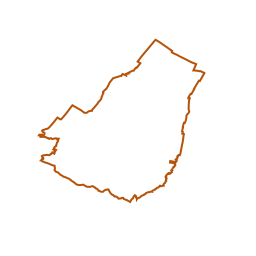 Candesti, Neamt, Romania (Equal Earth projection), rotated 335°
{"feature_id": "2599482B29672105595904", "entity_name": "Candesti", "entity_type": "district", "adm_level": 2, "iso_a3": "ROU", "parent_name": "Romania", "parent_adm1": "Neamt", "projection": "equal_earth", "projection_center": [26.554, 46.712], "detail": "fine", "context": "isolated", "style": "outline", "palette": "amber", "viewbox_px": 256, "rotation_deg": 335, "n_neighbors": 0, "source": "geoboundaries", "source_scale": "gbopen_adm2", "svg_char_len": 5685}
<svg xmlns="http://www.w3.org/2000/svg" viewBox="0 0 256 256"><g transform="rotate(335 128 128)"><path d="M98.7,195.9L101.1,194.2L102.7,193.9L103.7,192.8L105.1,192.0L105.8,191.8L106.5,193.3L105.9,193.9L106.0,194.4L106.0,195.0L106.4,195.4L106.0,196.3L107.0,195.7L108.2,195.9L109.5,195.9L110.2,195.6L112.7,195.2L113.8,195.5L114.2,195.4L114.4,195.1L114.7,195.1L116.1,195.1L116.8,194.6L117.6,194.6L118.8,194.7L120.7,195.2L122.2,195.4L122.4,195.6L122.7,195.8L122.7,195.6L123.2,195.5L123.8,195.2L125.1,195.3L126.0,195.0L126.7,195.3L127.3,194.9L128.4,194.8L128.8,194.5L130.5,194.7L131.4,194.3L132.2,194.3L132.2,194.0L132.5,193.8L132.9,194.0L133.0,194.2L133.0,194.6L133.3,194.7L135.5,195.1L136.0,195.4L136.1,195.2L135.9,194.8L136.3,194.1L137.3,193.6L138.1,193.6L139.1,192.7L139.9,192.3L139.7,192.1L140.5,191.2L140.6,190.8L141.2,190.5L141.1,190.3L141.7,189.9L141.7,189.6L141.4,189.3L141.6,188.8L141.3,188.6L141.3,188.3L141.5,188.0L141.9,188.0L142.0,187.7L142.5,187.7L142.7,187.1L143.1,187.0L143.3,186.8L143.9,186.5L144.1,186.5L144.9,186.7L145.2,186.5L145.5,186.0L146.0,186.1L145.9,186.3L146.3,186.8L146.1,187.0L146.4,187.1L146.6,187.0L146.4,186.7L146.5,186.6L146.9,186.7L147.1,187.0L147.3,187.1L147.6,186.8L148.2,186.8L149.2,186.5L149.3,185.9L149.2,185.3L149.5,185.2L149.2,185.0L149.2,184.7L150.4,184.4L151.4,183.4L152.3,183.0L152.8,182.9L152.9,182.6L153.2,182.7L153.7,182.6L154.4,182.0L155.1,181.8L155.3,181.6L155.3,181.4L154.8,181.4L154.7,181.2L154.8,180.9L156.1,179.7L154.2,178.8L151.5,177.1L152.3,175.8L155.5,178.0L157.0,178.9L157.2,178.6L157.8,178.6L157.8,178.3L157.9,178.2L158.3,178.1L158.5,177.9L158.6,177.6L158.5,177.4L158.0,176.9L157.9,176.7L158.3,176.5L159.3,176.6L159.7,176.5L160.3,175.1L160.6,175.0L160.9,175.1L161.0,174.9L161.3,174.8L161.1,174.4L161.2,174.2L162.6,173.9L163.0,174.0L163.5,174.4L163.8,174.0L164.1,174.0L164.4,173.7L170.3,165.5L170.7,165.1L172.0,163.3L172.8,161.9L173.4,161.3L173.9,160.3L175.5,157.9L176.1,157.1L174.8,156.1L176.1,154.8L176.1,154.6L175.6,153.9L175.6,153.7L178.1,150.8L177.9,150.6L178.0,150.3L180.9,146.9L181.7,147.4L183.6,145.6L185.1,143.6L185.8,142.2L186.6,141.1L188.9,140.1L190.3,139.2L190.6,138.5L190.8,137.0L191.1,136.1L192.0,134.4L192.6,133.1L193.8,130.8L195.7,128.0L196.2,127.5L195.5,127.0L196.2,126.5L195.5,126.0L195.6,125.9L197.7,124.4L199.2,123.5L199.8,124.0L204.4,120.8L204.2,120.5L212.2,115.1L213.0,115.8L220.5,110.5L220.4,110.2L220.0,109.8L219.3,109.1L217.9,107.2L216.8,106.8L215.8,105.9L214.5,105.2L213.4,104.4L212.6,104.0L211.6,103.5L216.8,98.9L216.7,98.7L216.3,98.5L215.3,97.3L213.2,95.2L209.6,90.5L205.0,84.8L203.6,82.7L201.5,80.4L199.6,77.9L199.8,77.5L200.6,76.9L192.8,63.4L190.3,59.7L189.9,59.8L170.6,68.8L164.8,71.9L166.6,74.5L161.4,77.1L161.1,76.7L159.4,77.2L157.5,78.5L156.5,78.0L149.9,78.2L150.3,78.6L149.0,78.3L148.5,79.7L146.0,76.8L145.1,77.1L144.1,78.0L143.6,77.7L135.4,76.6L135.0,76.9L130.8,78.9L128.3,80.9L128.1,81.1L127.3,81.8L125.0,83.3L123.9,83.5L123.3,83.8L121.3,84.4L120.4,84.9L120.3,85.2L120.5,86.0L119.2,86.8L118.4,87.9L117.4,88.5L116.7,89.6L115.4,90.7L112.3,92.0L111.5,92.4L111.0,92.9L106.4,95.0L103.9,96.1L102.9,96.6L102.6,97.2L101.0,96.5L99.7,96.3L98.1,96.5L97.3,96.7L96.5,96.6L95.1,95.9L94.5,95.2L94.3,94.6L92.9,92.0L87.2,83.9L79.1,88.2L73.9,90.7L71.0,91.9L70.0,91.2L68.6,88.8L68.5,88.7L62.9,91.5L57.3,94.0L55.9,94.4L55.2,94.6L54.1,94.5L53.0,94.2L51.5,94.2L50.0,93.8L49.3,94.0L49.0,94.3L48.9,94.5L49.2,95.1L49.3,95.8L50.2,96.9L50.3,97.3L49.3,98.7L48.5,99.1L47.5,98.6L47.5,98.3L47.4,97.6L45.9,97.2L44.8,96.6L44.2,97.0L45.6,97.6L45.3,98.3L44.8,99.0L45.0,99.2L45.3,99.4L45.7,99.3L46.4,99.5L46.9,99.9L49.0,101.1L49.4,101.6L49.8,101.7L50.1,102.3L50.9,103.0L51.1,103.6L51.7,103.7L52.0,104.6L52.3,104.6L52.7,104.4L53.7,104.6L54.1,104.9L54.5,105.9L55.6,106.2L56.1,106.4L57.2,106.5L57.6,106.7L58.2,106.8L59.4,107.7L59.2,108.1L59.5,108.1L59.8,108.4L60.1,108.2L60.6,108.4L59.7,109.1L59.5,109.8L59.0,110.1L58.6,110.7L58.3,110.9L57.3,111.3L56.1,113.0L55.7,113.1L55.4,113.5L55.4,113.8L54.7,114.2L54.0,114.1L53.3,114.2L51.6,115.8L51.3,115.9L51.7,116.4L53.0,116.6L53.2,116.9L52.7,117.3L53.3,117.7L53.1,117.8L52.6,117.5L52.4,117.9L52.1,117.9L52.0,118.0L51.7,118.0L51.5,118.4L51.3,118.7L51.5,118.8L51.1,119.1L50.7,120.0L50.3,120.2L50.2,120.0L50.1,119.6L50.9,118.9L50.9,118.7L50.4,118.6L50.0,118.8L49.6,118.8L49.1,118.1L48.1,118.9L47.4,119.0L47.2,118.8L45.7,119.4L44.4,119.0L43.6,118.3L42.7,117.9L42.1,117.8L41.3,117.4L40.7,117.4L39.8,117.0L39.1,117.1L38.8,116.9L38.0,117.1L38.0,117.3L38.3,117.7L38.1,118.2L38.2,118.6L37.9,118.9L38.5,119.2L38.6,119.6L37.9,120.2L37.6,120.0L37.1,119.9L35.5,120.6L36.0,120.9L36.2,121.6L36.1,121.9L36.6,122.2L38.2,124.1L41.0,126.6L42.1,128.0L45.0,130.9L45.5,131.2L44.7,133.8L43.7,134.9L43.6,135.4L44.0,136.1L44.2,137.2L44.4,137.5L45.6,138.5L46.3,139.7L46.5,140.9L47.1,142.0L48.0,143.1L48.5,144.0L48.6,144.5L49.4,145.1L50.0,145.8L50.7,146.4L52.1,148.1L53.0,148.9L53.4,149.8L54.0,150.6L54.6,152.1L55.6,153.7L56.1,154.3L56.7,155.8L57.5,157.4L58.4,158.2L60.1,159.4L63.6,160.5L64.8,162.5L65.8,163.7L68.1,165.1L69.1,165.4L70.3,165.4L71.1,165.7L71.7,166.1L71.8,166.3L72.1,166.7L72.2,167.1L72.7,167.8L73.0,168.0L73.1,168.9L74.1,169.8L74.2,170.4L74.5,170.7L74.8,171.9L75.1,172.3L75.0,172.5L75.3,172.6L76.2,174.0L78.0,175.1L78.4,175.2L80.2,174.6L81.9,174.6L82.7,175.0L83.9,175.1L84.0,175.2L83.9,175.3L84.0,175.5L84.3,175.8L84.2,176.1L84.5,178.5L84.5,179.1L84.9,180.6L85.3,181.5L86.5,182.9L86.6,184.1L86.9,184.4L87.8,184.7L88.1,185.2L88.8,185.9L89.0,186.2L89.3,186.9L89.3,187.5L89.7,188.1L90.8,188.5L91.2,188.5L91.7,188.8L92.2,188.9L93.0,188.8L93.9,189.1L94.1,189.3L94.2,190.2L94.2,190.6L94.4,190.8L94.7,191.0L95.4,191.9L96.4,192.7L97.3,194.1L98.7,195.9Z" fill="none" stroke="#b45309" stroke-width="2"/></g></svg>